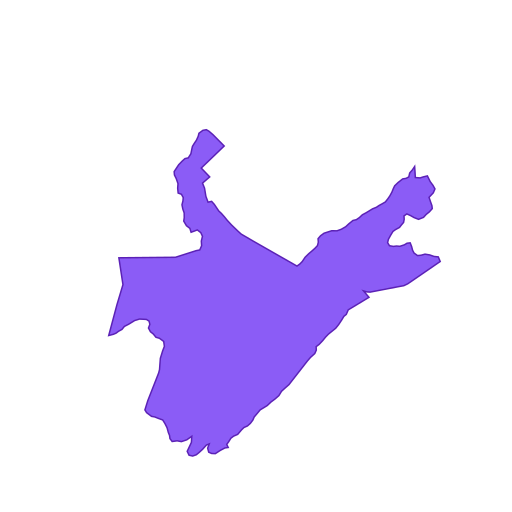 the district of Patos, Paraíba, Brazil, rotated 141°
{"feature_id": "56859067B38677350755307", "entity_name": "Patos", "entity_type": "district", "adm_level": 2, "iso_a3": "BRA", "parent_name": "Brazil", "parent_adm1": "Paraíba", "projection": "orthographic", "projection_center": [-37.346, -7.03], "detail": "fine", "context": "isolated", "style": "filled", "palette": "violet", "viewbox_px": 512, "rotation_deg": 141, "n_neighbors": 0, "source": "geoboundaries", "source_scale": "gbopen_adm2", "svg_char_len": 3209}
<svg xmlns="http://www.w3.org/2000/svg" viewBox="0 0 512 512"><g transform="rotate(141 256 256)"><path d="M420.5,286.9L416.1,284.9L413.3,284.1L410.2,284.0L406.4,283.3L402.6,284.1L397.8,283.1L390.9,282.2L386.2,280.3L381.1,275.7L380.1,272.7L381.5,269.7L384.9,267.7L385.7,263.6L384.9,260.0L384.9,255.8L382.8,252.8L381.5,247.7L384.1,243.4L388.3,241.0L391.1,239.1L394.7,236.7L402.5,228.4L405.2,226.4L415.4,220.6L431.1,211.7L439.2,206.3L439.6,203.1L438.1,197.1L436.0,194.7L434.1,191.3L431.7,187.3L432.2,183.1L433.2,178.5L435.2,174.0L436.1,171.0L437.8,168.2L437.9,164.6L433.6,162.0L430.8,158.7L425.5,156.7L419.4,156.3L423.5,151.8L432.4,147.5L433.4,143.3L431.1,140.4L427.5,139.1L424.0,139.1L419.1,139.4L413.5,140.3L410.6,139.4L414.5,137.1L416.2,133.3L414.8,130.5L412.0,128.0L406.1,127.4L401.0,126.4L398.1,124.7L397.3,128.0L394.3,128.8L390.2,130.2L386.8,130.1L382.5,128.9L376.6,130.0L373.3,130.3L369.6,129.3L365.6,129.5L361.6,130.5L358.8,132.0L354.6,132.8L349.5,133.8L346.0,133.3L341.4,132.7L336.2,133.1L331.2,132.9L326.1,133.1L321.3,134.8L316.2,135.1L311.3,135.3L306.2,136.5L282.0,142.1L277.4,142.9L271.7,143.2L268.4,144.9L266.3,147.7L262.4,147.6L257.2,148.3L253.0,149.2L248.9,149.7L243.3,149.7L239.5,149.7L234.9,150.7L229.8,152.3L225.7,153.8L222.6,153.8L218.2,156.1L194.2,152.8L194.4,161.2L192.4,158.3L190.0,156.1L165.3,142.9L159.8,139.9L155.6,138.9L116.3,135.8L114.9,140.6L117.9,143.6L120.3,147.5L123.5,151.1L127.2,152.7L130.2,154.7L131.3,158.8L130.7,161.9L129.1,165.4L127.9,169.2L130.6,170.9L133.6,171.3L138.1,173.0L140.5,175.3L143.2,177.0L145.8,180.0L145.3,183.6L142.5,185.7L138.3,187.4L134.1,188.9L130.8,188.7L126.5,187.9L123.5,188.6L120.2,189.2L117.7,191.3L115.8,194.0L112.3,193.8L110.4,190.0L109.0,186.4L106.6,182.2L101.5,180.6L97.6,181.2L93.5,181.2L89.2,181.9L87.6,184.4L86.2,188.4L84.6,192.7L78.5,193.5L74.7,195.5L74.0,199.5L73.8,204.2L72.4,210.4L76.4,212.3L79.3,213.4L82.8,216.7L79.7,221.0L76.4,225.7L80.3,224.5L84.3,223.8L87.5,221.3L90.5,221.9L93.5,223.6L99.2,223.7L104.0,223.3L106.8,222.0L110.2,220.1L114.1,218.5L117.5,217.5L121.5,216.6L125.3,217.2L128.5,217.8L131.8,218.1L135.7,219.3L139.5,219.8L143.2,220.3L147.4,221.1L151.5,220.8L155.2,221.1L158.3,222.6L163.6,222.6L167.8,222.3L172.9,223.1L177.2,224.6L181.3,228.0L184.9,229.4L188.8,230.9L193.2,231.1L196.9,230.4L198.9,227.5L201.7,225.4L205.3,224.9L209.3,224.7L213.6,224.6L218.7,224.1L223.5,222.6L227.1,222.2L230.5,222.4L248.7,269.1L253.7,282.3L254.4,286.8L255.5,295.7L255.9,301.9L255.9,306.2L256.1,310.9L256.6,314.4L255.9,322.4L256.1,326.4L259.4,328.0L257.4,333.9L253.3,341.1L251.7,346.3L242.2,346.6L243.2,358.8L211.5,361.5L213.1,377.5L214.0,382.5L215.1,385.4L218.2,387.1L223.1,387.3L225.6,385.4L229.4,383.5L233.3,382.3L236.4,381.2L238.8,379.3L242.3,376.4L246.9,374.9L249.9,376.4L253.7,376.2L258.6,375.6L262.4,374.4L266.5,373.1L268.4,370.3L269.3,366.3L271.1,361.3L274.2,358.0L276.9,353.9L275.1,350.9L275.8,347.2L278.1,344.8L281.3,342.4L283.3,338.6L284.7,334.7L287.7,330.9L290.2,328.6L291.0,323.3L290.0,319.1L291.5,315.3L288.3,314.2L285.2,313.2L284.2,308.9L285.2,305.0L289.1,302.0L291.8,298.2L295.9,296.1L299.1,297.8L319.4,305.7L363.7,340.9L377.4,317.5L386.0,311.6L394.8,305.6L420.5,286.9Z" fill="#8b5cf6" stroke="#5b21b6" stroke-width="1.5"/></g></svg>